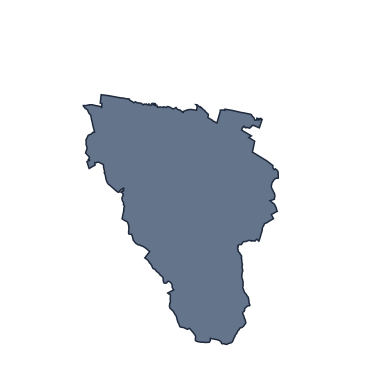 outline of Ulmeni, Maramures, Romania, rotated 47°
{"feature_id": "2599482B24457515163522", "entity_name": "Ulmeni", "entity_type": "district", "adm_level": 2, "iso_a3": "ROU", "parent_name": "Romania", "parent_adm1": "Maramures", "projection": "natural_earth1", "projection_center": [23.289, 47.463], "detail": "fine", "context": "isolated", "style": "filled", "palette": "slate", "viewbox_px": 384, "rotation_deg": 47, "n_neighbors": 0, "source": "geoboundaries", "source_scale": "gbopen_adm2", "svg_char_len": 6043}
<svg xmlns="http://www.w3.org/2000/svg" viewBox="0 0 384 384"><g transform="rotate(47 192 192)"><path d="M310.8,285.3L313.6,282.0L313.5,281.0L313.1,279.7L311.6,278.4L317.1,274.4L319.1,273.3L321.6,273.0L322.9,273.6L323.7,273.4L324.8,271.9L325.9,271.6L327.3,270.4L327.5,269.1L329.1,265.8L329.1,265.0L328.8,263.7L327.3,260.6L327.1,259.5L326.2,258.1L326.0,256.1L324.7,252.8L324.8,251.3L324.3,249.8L324.3,249.1L325.0,248.3L325.4,246.1L324.8,243.6L324.8,242.6L324.3,241.8L323.7,241.4L321.3,240.1L320.0,239.7L317.9,238.6L315.7,238.0L314.8,237.0L314.6,236.5L314.9,235.5L314.6,234.5L314.2,233.9L313.2,233.0L313.1,232.6L313.2,229.8L313.6,228.6L314.3,227.5L314.4,227.1L314.2,226.8L311.6,225.7L310.7,224.7L308.6,223.5L307.5,222.7L305.0,222.4L303.7,222.1L301.4,222.1L296.5,220.1L295.9,219.4L295.3,218.4L293.3,216.7L292.9,216.1L292.3,215.7L291.9,215.7L290.7,214.8L289.4,214.4L288.3,213.5L287.6,213.2L287.1,212.5L286.5,212.1L286.5,211.8L284.9,210.0L284.5,208.9L284.0,208.2L283.2,208.1L282.0,207.1L281.3,206.9L280.2,205.6L280.1,205.3L279.2,204.4L277.1,203.2L276.4,202.5L275.7,202.2L275.0,201.3L274.3,201.2L274.0,200.8L273.3,200.4L272.8,199.4L271.5,199.1L270.5,199.2L270.0,198.9L269.6,199.0L269.5,198.8L268.8,198.7L266.7,198.7L266.0,198.0L265.9,197.7L264.4,197.2L263.9,196.8L263.8,196.0L263.6,195.6L263.1,195.4L263.3,195.3L262.6,194.4L262.5,193.8L262.9,192.9L263.7,192.3L264.0,191.9L264.0,190.9L263.7,190.2L263.4,188.7L263.6,188.0L264.6,186.8L265.2,185.9L266.2,183.2L268.6,181.8L268.4,181.5L268.5,181.4L269.1,180.9L269.6,180.2L270.8,179.5L270.6,179.3L270.8,176.7L273.5,176.6L273.3,175.9L267.8,166.6L266.5,165.3L265.9,164.2L265.2,161.8L264.6,160.8L265.0,159.3L265.6,158.2L265.8,156.3L267.1,150.6L262.6,149.4L264.1,143.2L264.3,142.9L260.6,141.1L258.6,140.4L256.8,140.1L255.6,140.2L251.6,140.9L253.5,136.7L252.9,136.5L252.1,134.7L250.5,133.4L249.5,132.8L243.3,131.0L241.8,130.0L239.9,127.3L239.0,123.7L239.0,122.1L239.3,121.2L240.7,119.4L236.5,115.7L235.5,115.1L234.1,114.9L231.8,115.3L231.8,116.6L230.7,116.6L229.2,116.2L228.5,115.6L227.9,114.8L220.0,116.1L204.0,120.6L197.6,111.5L190.9,113.3L191.5,110.3L180.5,113.5L179.2,110.6L179.6,110.2L179.5,109.0L180.2,109.0L181.0,109.2L181.5,109.1L181.9,108.8L182.1,107.9L184.7,106.3L184.7,105.9L184.3,105.2L184.8,104.3L184.3,103.3L184.4,102.9L184.9,102.2L184.8,101.8L191.0,99.0L186.8,91.3L186.4,91.6L185.4,91.3L184.7,91.8L184.6,92.2L185.3,92.8L185.4,93.2L185.2,93.4L183.8,93.2L183.5,93.4L183.5,93.6L184.4,94.1L184.6,94.4L184.5,94.6L184.1,94.7L182.7,94.0L182.3,94.2L183.2,95.7L183.0,96.3L182.5,97.1L180.2,96.2L176.7,96.1L175.8,95.8L174.6,96.5L168.8,100.6L168.2,101.2L159.8,106.9L153.9,111.4L154.7,112.3L153.5,113.0L151.4,115.5L152.3,116.3L158.5,126.7L154.5,128.2L154.1,128.2L153.9,128.0L148.6,129.6L148.1,129.3L146.7,127.3L146.1,127.1L142.0,127.4L141.5,127.2L141.5,127.3L135.6,127.7L135.7,128.3L131.7,128.8L130.8,129.6L132.2,129.6L132.8,129.7L133.0,130.2L133.5,130.6L135.3,132.9L131.1,136.3L129.7,137.9L129.2,139.0L128.8,139.3L127.2,143.3L127.4,143.6L127.3,143.8L127.8,144.0L127.5,144.6L127.1,144.6L127.0,144.4L123.6,144.9L123.2,145.5L122.4,145.8L121.7,146.3L119.3,146.0L118.6,149.1L114.4,150.5L113.1,151.3L112.6,151.9L112.7,153.2L111.3,153.9L110.2,154.8L110.4,155.6L109.5,156.1L107.7,157.6L107.1,159.0L106.5,159.4L106.2,158.9L105.7,159.0L104.5,158.6L104.0,159.8L103.4,160.0L103.0,158.8L102.6,158.6L101.9,159.0L102.5,159.7L102.3,160.6L102.0,160.7L100.8,159.8L100.5,160.1L101.1,161.0L100.9,161.2L99.9,161.3L99.9,161.6L100.3,161.9L100.5,162.5L100.6,162.8L100.4,163.3L99.8,163.6L98.2,163.4L98.2,163.6L98.6,164.2L98.4,164.7L97.9,165.1L96.6,165.2L96.1,166.4L95.1,166.9L95.0,168.1L94.8,168.4L92.7,168.5L90.6,170.1L89.6,171.2L87.5,171.8L87.2,172.4L87.1,173.7L85.4,174.0L82.1,175.0L81.3,174.4L79.5,175.9L78.8,176.6L76.4,178.2L76.0,178.8L75.4,179.1L74.6,179.9L65.3,186.8L60.7,190.5L59.7,191.5L58.9,192.0L59.2,192.5L62.6,196.4L64.4,198.5L65.6,197.7L66.0,197.7L68.5,200.3L68.5,200.5L67.7,200.3L67.3,200.5L61.1,204.9L60.3,205.3L58.3,207.4L56.4,210.7L54.9,212.2L55.2,212.3L55.0,212.8L57.5,213.1L60.9,212.4L61.5,212.8L64.4,213.7L66.7,213.6L70.3,216.0L73.6,217.7L74.4,218.4L81.8,222.4L81.9,222.6L81.0,223.3L80.8,223.8L80.9,226.3L80.4,227.2L79.8,229.3L81.0,232.4L81.5,233.9L83.3,235.4L84.8,236.9L87.9,238.5L88.7,239.2L90.8,243.2L96.7,243.3L97.2,244.3L97.6,245.7L98.7,245.1L99.0,245.4L98.7,246.5L98.2,247.2L98.1,248.1L104.4,251.1L104.7,251.2L106.2,244.4L105.2,244.0L104.2,243.0L105.2,242.3L105.3,241.6L106.6,239.8L111.6,238.1L113.6,239.8L118.0,242.3L117.9,242.9L120.5,243.9L123.7,246.0L125.3,246.8L127.2,247.5L129.3,247.8L130.0,247.8L131.1,247.4L132.3,247.4L140.2,246.6L141.8,246.2L142.6,244.8L141.8,244.3L141.8,242.8L142.1,241.7L142.0,240.8L142.6,239.3L142.8,239.3L143.2,240.3L144.5,241.3L143.8,241.8L143.7,242.6L143.7,244.0L145.0,243.6L146.5,243.9L147.0,243.8L148.5,247.3L149.3,248.0L151.0,248.9L152.9,249.3L153.7,249.8L154.4,250.8L156.4,251.0L157.0,252.4L158.6,254.2L159.1,254.3L159.2,254.8L163.9,261.4L166.6,260.8L169.8,259.6L170.9,259.9L171.1,260.2L171.8,260.5L172.6,260.6L173.1,261.2L173.9,261.4L174.5,262.3L175.5,262.8L178.2,265.9L179.5,266.8L180.6,266.2L181.5,265.2L181.8,265.1L183.6,265.8L187.1,267.8L191.2,268.1L194.3,267.2L195.2,266.4L196.4,266.0L198.4,264.9L201.7,264.1L206.7,263.6L208.0,271.5L210.9,270.9L212.5,270.8L214.6,271.4L216.4,271.3L218.1,271.6L220.9,272.6L221.7,272.6L223.0,271.9L224.0,271.8L225.4,272.1L229.2,271.6L231.3,271.9L233.1,271.5L234.4,271.5L235.1,271.7L236.8,273.2L239.0,274.5L239.6,274.4L240.4,273.9L241.1,272.8L241.2,272.4L240.9,271.0L241.1,270.2L242.0,269.7L244.2,269.3L246.6,270.0L248.0,271.4L249.3,271.8L251.1,272.1L249.3,278.7L250.6,278.6L251.9,277.7L252.7,278.2L254.7,280.1L255.5,281.1L257.6,282.7L258.1,283.4L258.1,284.0L260.0,286.3L260.8,286.8L261.9,287.3L264.6,287.2L266.3,287.0L270.3,288.0L271.6,288.0L277.3,291.0L278.7,291.3L282.1,292.7L283.1,292.4L285.6,290.5L289.1,289.1L289.5,288.7L289.8,287.0L290.1,286.8L295.7,287.0L299.1,287.4L300.0,287.8L302.2,290.2L302.8,290.7L303.3,290.8L305.5,289.8L308.7,287.2L310.3,285.4L310.8,285.3Z" fill="#64748b" stroke="#1e293b" stroke-width="1.5"/></g></svg>